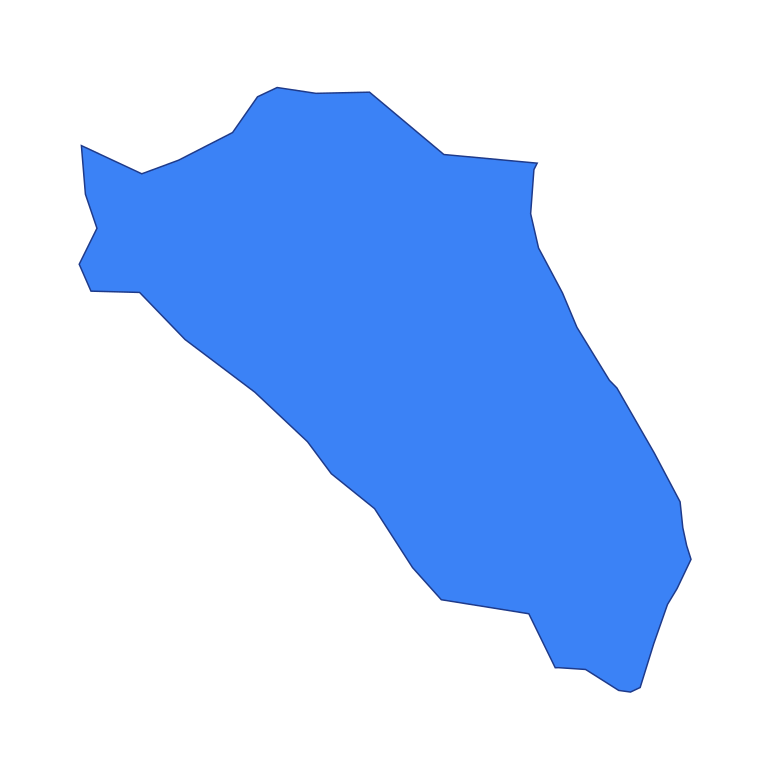 Shavat, Khorezm, Uzbekistan (Equal Earth projection), rotated 184°
{"feature_id": "79887680B59227978445029", "entity_name": "Shavat", "entity_type": "district", "adm_level": 2, "iso_a3": "UZB", "parent_name": "Uzbekistan", "parent_adm1": "Khorezm", "projection": "equal_earth", "projection_center": [60.207, 41.687], "detail": "fine", "context": "isolated", "style": "filled", "palette": "blue", "viewbox_px": 768, "rotation_deg": 184, "n_neighbors": 0, "source": "geoboundaries", "source_scale": "gbopen_adm2", "svg_char_len": 725}
<svg xmlns="http://www.w3.org/2000/svg" viewBox="0 0 768 768"><g transform="rotate(184 384 384)"><path d="M193.4,112.9L190.2,113.2L163.0,113.3L128.5,94.7L116.6,93.9L107.3,99.1L96.8,143.7L85.8,183.9L77.4,200.3L65.5,230.5L70.8,243.9L75.9,261.5L80.4,287.1L109.5,333.9L151.4,396.3L159.4,403.4L195.5,454.0L212.3,487.3L235.2,523.9L239.3,530.4L249.6,564.1L249.4,608.3L246.6,615.0L269.6,615.5L340.3,617.1L418.8,674.1L472.2,669.2L511.3,672.3L530.2,661.7L552.6,624.3L604.6,592.9L640.3,576.8L702.5,600.7L695.1,552.5L681.2,519.3L696.4,482.2L682.8,456.2L634.2,458.3L585.6,414.5L512.4,366.9L456.3,321.1L430.3,290.8L384.7,259.0L342.7,202.8L311.8,172.8L223.5,164.9L193.4,112.9Z" fill="#3b82f6" stroke="#1e3a8a" stroke-width="1.5"/></g></svg>